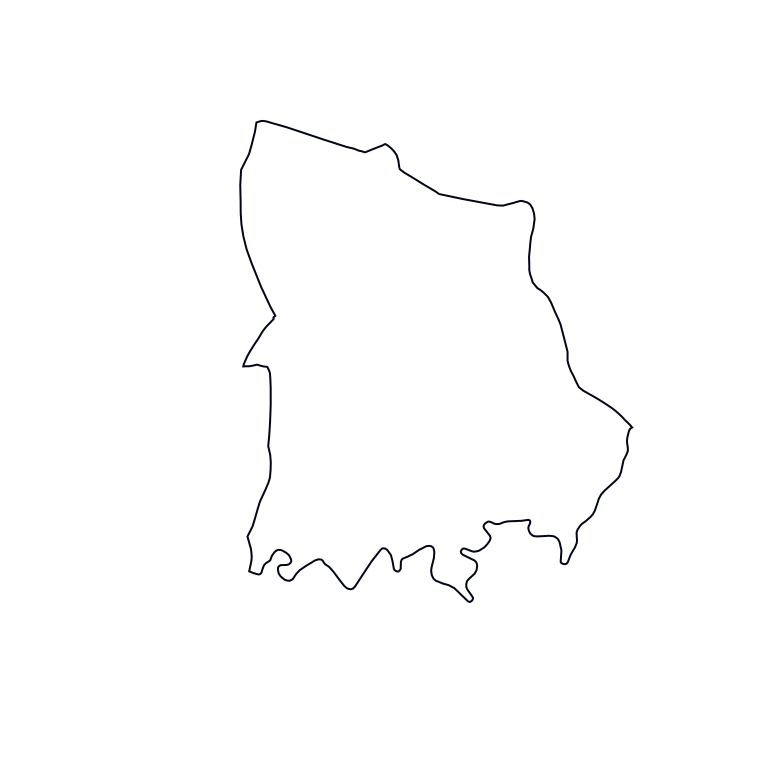 Bueng Bun, Si Sa Ket, Thailand, rotated 214°
{"feature_id": "78962969B82208254096141", "entity_name": "Bueng Bun", "entity_type": "district", "adm_level": 2, "iso_a3": "THA", "parent_name": "Thailand", "parent_adm1": "Si Sa Ket", "projection": "robinson", "projection_center": [104.049, 15.308], "detail": "fine", "context": "isolated", "style": "outline", "palette": "ink", "viewbox_px": 768, "rotation_deg": 214, "n_neighbors": 0, "source": "geoboundaries", "source_scale": "gbopen_adm2", "svg_char_len": 6034}
<svg xmlns="http://www.w3.org/2000/svg" viewBox="0 0 768 768"><g transform="rotate(214 384 384)"><path d="M636.0,529.5L632.1,521.1L627.2,507.5L626.6,505.7L624.5,499.2L622.2,481.6L614.4,468.5L604.4,454.4L598.4,445.6L591.5,436.7L583.3,427.9L573.2,418.8L561.0,409.9L540.5,396.0L521.4,384.5L513.8,380.6L512.2,379.7L512.3,379.3L512.4,378.9L512.7,378.3L512.8,378.1L512.9,377.7L512.8,377.2L512.1,376.6L511.9,376.4L511.9,376.2L512.0,375.1L512.1,374.3L512.4,372.9L512.4,372.6L512.7,370.7L513.0,369.4L513.5,366.6L513.8,363.9L514.0,361.7L514.0,358.7L513.6,351.4L513.6,344.3L513.3,335.5L512.8,330.1L512.1,326.4L512.1,326.2L511.3,322.1L511.0,321.2L510.5,319.9L509.3,320.8L506.9,322.5L505.7,323.3L503.3,325.6L501.4,327.6L500.4,328.7L500.0,329.1L498.8,329.4L497.3,329.9L495.9,330.4L494.1,331.0L491.2,332.5L490.2,332.9L486.9,330.9L484.8,329.4L481.7,325.5L475.9,317.6L466.1,303.1L456.9,288.3L450.5,277.4L445.2,267.7L442.7,265.4L438.7,261.6L434.0,255.7L430.0,249.4L426.3,242.8L424.7,237.8L423.3,230.7L421.0,216.7L418.8,209.6L416.0,201.1L414.3,195.6L413.3,192.3L411.9,181.2L402.1,172.9L399.4,169.8L396.7,166.3L394.8,162.7L391.0,153.3L389.6,153.6L388.5,153.8L385.7,154.5L382.9,155.4L381.8,155.8L381.0,156.4L380.5,157.1L380.4,157.3L380.2,157.8L380.1,159.1L380.8,161.2L381.8,164.9L382.0,165.9L382.1,167.0L381.7,169.2L381.7,169.5L380.8,171.5L380.5,172.2L380.0,173.3L379.8,174.4L380.9,179.2L380.8,181.8L380.7,183.2L380.5,184.5L379.6,186.5L378.8,187.5L378.7,187.5L376.8,188.6L375.1,189.1L370.8,189.4L369.3,189.2L369.0,189.2L367.6,189.0L367.2,189.0L366.6,188.7L364.7,187.7L362.8,186.5L361.9,185.4L361.7,184.8L361.6,184.7L361.6,184.4L361.6,183.4L361.6,183.0L361.8,182.0L362.2,181.1L363.7,179.4L364.6,178.8L368.5,175.9L369.2,174.2L369.2,172.6L367.9,170.5L365.3,168.0L361.9,166.6L359.4,166.4L356.9,166.2L354.6,166.8L352.3,168.0L352.1,168.2L351.9,168.6L351.6,169.1L351.3,169.5L351.1,169.9L350.9,170.4L350.8,170.8L350.6,171.3L350.5,171.7L350.5,172.2L350.6,177.6L349.7,182.7L349.4,183.4L347.0,189.5L344.3,195.3L342.7,198.9L340.5,201.8L338.6,203.0L337.6,203.4L336.9,203.4L335.6,203.1L333.7,202.2L333.1,202.0L332.1,201.7L329.8,201.7L327.1,201.7L320.6,200.0L311.3,196.7L304.1,194.4L301.1,194.0L299.1,194.2L297.0,195.1L296.1,196.0L295.4,196.9L295.2,197.9L294.8,199.6L294.8,199.8L295.1,225.7L295.1,230.3L294.4,240.1L294.3,241.2L294.1,244.3L293.7,246.2L292.9,247.3L290.8,248.3L288.4,248.2L282.8,246.1L282.7,246.1L279.8,243.6L278.1,242.1L274.2,238.1L272.6,236.4L272.4,236.3L271.8,236.0L271.0,235.6L270.3,235.6L269.1,235.7L268.7,235.7L267.6,236.3L267.1,236.9L266.9,237.6L266.7,238.7L266.8,240.1L270.6,246.1L270.7,246.6L271.1,248.3L270.8,249.7L269.4,251.8L269.2,252.1L267.8,254.2L265.0,258.9L262.2,266.0L262.1,266.4L261.3,267.6L259.1,271.6L258.3,273.1L256.0,275.1L255.7,275.2L254.1,275.9L252.1,275.9L250.7,275.2L248.5,273.1L248.1,272.5L247.5,271.4L245.5,268.0L244.9,266.4L242.1,258.8L241.8,258.2L241.1,256.8L240.6,255.6L237.4,252.2L234.1,250.3L232.0,250.0L231.2,249.9L223.6,251.5L218.8,253.1L217.9,253.4L211.6,254.1L208.2,253.5L207.5,253.4L201.2,252.2L199.7,252.0L194.0,251.0L192.7,250.8L190.9,251.3L190.8,251.5L190.1,252.8L189.9,254.1L190.0,255.2L190.7,256.5L192.5,257.4L200.1,260.3L202.3,261.8L203.9,264.1L204.9,267.0L204.8,268.3L204.8,268.5L204.6,269.8L202.8,277.4L202.8,277.5L203.2,281.5L205.0,285.3L206.8,287.1L208.2,287.9L210.3,288.3L219.5,287.0L222.7,286.6L223.1,286.5L223.7,286.6L223.9,286.6L224.4,286.7L225.0,286.8L226.2,287.6L226.7,288.2L226.8,288.8L226.9,289.1L226.8,290.9L226.2,292.0L224.8,292.8L224.5,292.9L222.3,293.4L219.7,294.0L217.9,294.4L217.5,294.5L216.0,295.1L214.1,296.6L212.9,297.9L212.5,298.4L212.1,298.8L209.5,304.6L208.8,308.8L208.7,313.2L209.5,315.9L211.2,317.4L213.5,318.1L220.5,320.4L221.8,321.6L222.3,322.9L222.2,324.8L221.7,326.2L221.4,326.7L220.7,328.2L220.0,328.7L217.5,329.5L214.7,329.8L212.7,330.6L210.8,331.9L210.0,332.6L209.4,333.5L206.9,337.0L204.6,339.3L194.4,346.8L193.8,347.2L188.8,351.7L188.4,352.0L187.4,352.4L187.2,352.4L186.6,352.3L185.9,351.8L185.0,350.4L184.6,347.7L184.3,346.2L183.4,344.8L181.6,343.2L179.0,341.8L176.4,341.5L174.6,341.7L171.5,343.5L169.9,344.7L165.5,348.0L162.1,350.6L158.3,352.6L156.9,352.9L154.9,352.9L153.3,352.8L150.1,351.1L149.4,350.5L144.0,345.4L143.7,345.0L141.7,341.6L138.4,335.9L138.2,335.5L137.6,335.0L137.0,334.8L136.2,334.8L134.9,335.0L133.2,335.8L133.1,336.0L132.8,336.3L132.2,337.2L132.0,338.1L132.2,340.0L133.8,346.8L134.2,352.7L134.3,355.4L135.3,359.9L136.6,362.4L138.2,364.4L140.4,367.3L141.4,368.8L141.7,369.9L142.1,371.6L142.1,373.0L142.1,376.4L141.8,378.4L141.7,378.7L140.3,382.4L140.0,383.4L138.7,388.2L138.6,388.4L138.0,392.8L138.4,397.0L139.7,401.8L140.0,403.1L141.7,408.8L142.2,413.6L141.5,419.0L137.9,433.6L137.2,437.6L137.4,440.1L138.4,443.9L142.8,454.8L142.8,455.1L143.5,461.1L143.9,462.5L144.3,464.6L145.9,467.1L150.3,472.0L152.2,475.4L154.2,480.7L154.8,482.8L154.8,483.9L154.9,484.6L154.8,484.8L154.3,486.2L154.0,486.7L157.4,487.7L163.8,488.8L168.9,490.0L176.2,491.1L182.3,491.5L191.3,491.4L200.1,491.1L209.6,490.3L214.9,489.9L220.6,490.3L225.4,493.0L227.8,494.4L230.4,496.1L232.9,497.5L234.7,498.4L236.4,499.3L241.3,502.8L244.8,505.9L248.5,511.4L250.0,513.5L254.9,517.9L270.7,531.9L275.1,534.9L282.7,539.5L291.3,545.1L296.9,547.9L303.4,549.1L305.5,549.3L307.6,549.4L308.2,549.3L308.7,549.3L310.6,549.3L313.2,550.1L317.4,551.3L320.6,553.9L324.4,556.8L327.1,559.5L329.9,563.6L334.9,570.6L338.1,576.5L342.0,583.6L344.3,588.0L347.1,596.3L351.3,604.9L355.0,609.3L359.5,612.9L363.3,614.6L363.7,614.6L366.5,614.7L372.1,612.9L373.8,611.5L377.0,607.7L378.1,606.3L381.9,602.1L385.0,598.5L390.0,595.4L396.9,592.4L421.9,581.5L444.5,572.3L449.1,572.4L462.4,571.6L475.5,571.1L485.5,570.6L489.7,570.8L491.1,571.0L491.6,571.4L492.2,571.9L493.0,572.7L497.1,577.3L501.2,580.6L505.1,582.3L509.1,583.3L513.7,583.8L516.2,583.8L517.1,583.6L517.6,582.9L519.0,580.4L523.7,573.7L529.1,565.7L529.9,565.2L532.2,564.6L535.6,563.3L540.5,562.3L547.6,559.6L570.3,553.0L607.7,542.6L624.0,537.3L628.5,535.9L629.7,535.3L631.8,534.2L633.3,532.9L636.0,529.5Z" fill="none" stroke="#020617" stroke-width="2"/></g></svg>